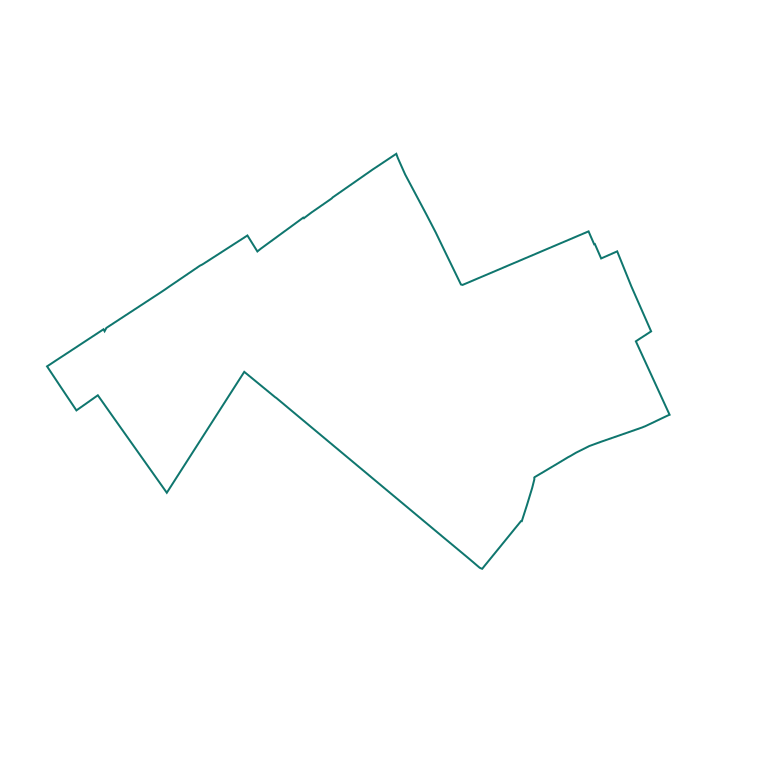 the district of Visina, Olt, Romania, rotated 55°
{"feature_id": "2599482B5784370948640", "entity_name": "Visina", "entity_type": "district", "adm_level": 2, "iso_a3": "ROU", "parent_name": "Romania", "parent_adm1": "Olt", "projection": "orthographic", "projection_center": [24.468, 43.858], "detail": "fine", "context": "isolated", "style": "outline", "palette": "teal", "viewbox_px": 768, "rotation_deg": 55, "n_neighbors": 0, "source": "geoboundaries", "source_scale": "gbopen_adm2", "svg_char_len": 1257}
<svg xmlns="http://www.w3.org/2000/svg" viewBox="0 0 768 768"><g transform="rotate(55 384 384)"><path d="M591.1,410.0L591.7,409.5L590.6,405.8L580.4,369.8L577.6,360.0L574.9,350.4L575.4,349.8L565.3,336.5L562.8,333.3L554.1,322.2L548.4,315.6L546.8,314.5L546.7,314.0L548.2,294.2L549.6,274.6L549.7,274.3L549.9,272.5L550.4,266.2L552.6,251.3L555.7,239.7L567.8,197.0L567.9,196.3L568.0,195.9L568.1,195.4L568.3,194.9L571.5,175.9L572.6,169.5L573.0,167.7L564.7,166.2L493.5,153.2L493.6,148.5L494.1,135.0L445.9,125.4L409.1,116.9L405.7,134.1L390.3,131.0L390.1,131.7L376.3,128.9L347.9,262.8L346.6,263.9L311.0,258.2L289.5,254.7L269.2,252.0L224.5,246.5L210.6,243.8L206.6,243.0L202.5,241.9L202.4,245.3L201.8,270.0L201.7,319.1L202.0,320.3L202.0,321.6L201.9,344.8L202.2,353.9L202.3,354.5L201.4,354.7L202.5,407.4L202.8,411.7L184.0,410.7L182.4,452.1L181.9,464.3L181.5,466.9L181.2,489.3L181.0,503.8L181.0,504.7L181.0,507.4L181.0,508.7L180.9,513.5L180.8,517.4L180.6,522.9L178.8,579.2L180.5,582.6L178.3,582.4L177.5,609.2L176.8,632.5L176.6,638.4L176.4,647.0L176.3,649.9L200.5,650.5L229.2,651.1L229.1,624.9L257.0,624.8L348.5,624.3L293.9,491.5L332.5,480.7L333.4,480.3L545.6,422.8L576.4,414.4L586.0,411.9L589.4,411.0L591.1,410.0Z" fill="none" stroke="#0f766e" stroke-width="2"/></g></svg>